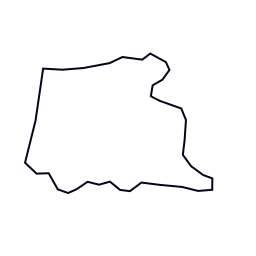 SVG path tracing the border of Mġarr, rotated 14°
{"feature_id": "MLT-5924", "entity_name": "Mġarr", "entity_type": "state/province", "adm_level": 1, "iso_a3": "MLT", "parent_name": "Malta", "parent_adm1": "", "projection": "mercator", "projection_center": [14.373, 35.916], "detail": "fine", "context": "isolated", "style": "outline", "palette": "ink", "viewbox_px": 256, "rotation_deg": 14, "n_neighbors": 0, "source": "natural_earth", "source_scale": "10m", "svg_char_len": 595}
<svg xmlns="http://www.w3.org/2000/svg" viewBox="0 0 256 256"><g transform="rotate(14 128 128)"><path d="M36.5,186.6L36.5,143.3L31.3,90.9L50.3,87.3L70.2,80.6L94.6,69.4L105.4,60.5L125.3,58.2L131.6,50.4L148.8,54.9L154.2,61.6L149.7,72.8L141.6,80.6L142.5,91.7L152.4,94.0L175.0,96.2L182.3,106.2L185.9,126.3L187.7,140.8L198.5,149.8L212.1,155.4L222.0,156.5L224.7,167.6L211.2,172.1L194.9,172.1L173.2,175.4L154.2,177.7L145.2,188.8L135.3,190.0L123.5,184.4L113.6,190.0L101.8,190.0L92.8,200.0L85.5,205.6L74.7,204.5L62.0,191.1L50.3,194.4L36.5,186.6Z" fill="none" stroke="#020617" stroke-width="2"/></g></svg>